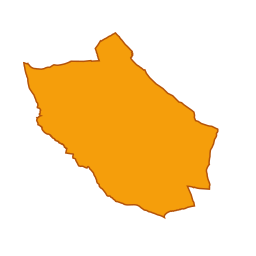 the district of Mbulu, Manyara, United Republic of Tanzania, rotated 77°
{"feature_id": "72390352B2366371930573", "entity_name": "Mbulu", "entity_type": "district", "adm_level": 2, "iso_a3": "TZA", "parent_name": "United Republic of Tanzania", "parent_adm1": "Manyara", "projection": "robinson", "projection_center": [35.288, -3.94], "detail": "fine", "context": "isolated", "style": "filled", "palette": "amber", "viewbox_px": 256, "rotation_deg": 77, "n_neighbors": 0, "source": "geoboundaries", "source_scale": "gbopen_adm2", "svg_char_len": 5705}
<svg xmlns="http://www.w3.org/2000/svg" viewBox="0 0 256 256"><g transform="rotate(77 128 128)"><path d="M32.5,118.9L33.2,121.0L33.3,122.1L33.8,122.9L34.3,124.4L34.3,125.3L34.6,126.3L35.7,129.2L35.7,129.8L36.8,133.4L37.2,134.3L37.1,134.8L37.3,135.1L37.3,135.6L37.5,135.7L37.4,135.7L40.4,138.7L43.2,142.0L45.3,141.7L46.4,141.6L47.4,141.7L49.0,141.3L49.7,141.3L50.3,141.5L51.7,141.3L53.2,141.3L54.4,141.1L56.0,140.9L54.7,148.6L54.0,148.9L53.1,156.2L50.2,168.2L50.2,169.4L50.6,169.7L50.6,170.5L50.9,171.9L51.3,175.3L51.3,179.4L51.1,182.2L50.7,183.6L49.9,185.6L49.8,186.3L50.4,188.2L51.1,190.0L51.2,190.8L50.8,192.3L50.8,193.5L50.9,194.8L51.3,196.5L51.2,199.2L50.1,202.6L49.9,203.5L49.4,204.4L49.1,205.6L48.4,207.1L48.0,207.5L47.4,208.3L47.0,208.6L46.0,209.5L44.9,209.9L43.1,211.0L42.6,211.1L42.8,211.5L42.7,211.9L42.1,213.1L42.0,213.4L41.8,213.6L41.4,214.2L41.1,214.5L41.0,214.8L43.1,215.0L44.2,215.1L45.5,215.0L48.1,215.2L50.7,215.2L52.7,215.1L53.8,214.8L54.3,215.0L55.3,214.9L56.7,214.6L57.7,214.6L59.7,215.0L62.3,215.2L66.6,215.2L67.9,214.9L72.1,213.3L74.7,212.2L76.5,212.0L79.4,211.5L81.5,211.4L82.7,211.0L83.0,210.7L83.4,210.5L83.9,210.5L86.0,210.7L86.3,211.1L87.3,211.7L87.5,211.7L87.8,211.7L88.9,209.8L89.3,209.6L90.0,209.4L90.6,209.1L91.0,209.1L91.4,209.6L91.7,209.6L92.1,209.9L92.7,210.1L93.3,210.1L93.8,210.3L94.1,210.8L94.3,211.2L94.7,211.3L95.3,211.0L96.0,210.6L96.4,210.1L96.4,210.7L96.6,211.1L96.7,212.0L96.9,212.1L97.1,212.5L97.4,212.7L97.7,213.4L97.5,213.8L97.4,214.4L97.8,214.3L98.6,214.5L99.1,214.8L99.9,215.2L101.1,215.1L102.5,214.7L103.7,214.7L104.2,214.9L104.5,215.0L104.9,214.5L105.1,214.1L106.2,213.0L106.6,212.9L106.7,212.5L107.2,212.3L107.2,212.1L107.4,211.9L108.0,211.6L108.4,212.0L108.6,212.0L108.8,211.8L109.3,211.8L109.7,212.0L110.2,211.9L110.4,211.8L110.8,211.7L111.1,211.5L111.4,211.5L112.4,210.8L112.9,210.7L113.5,210.3L114.9,209.0L115.6,208.2L115.8,207.9L116.0,207.0L116.3,206.5L117.2,205.4L117.6,205.4L117.9,204.9L118.2,204.9L118.5,205.0L118.6,204.6L119.0,204.3L119.3,204.2L119.9,204.2L120.1,203.8L120.3,203.7L120.7,203.7L121.5,202.7L121.7,202.3L122.4,202.1L122.7,201.7L123.0,201.7L123.5,201.8L123.7,201.6L123.6,201.3L123.9,201.2L124.2,200.7L124.4,200.7L124.6,200.4L124.6,200.1L125.0,199.7L125.0,199.4L125.3,199.3L125.6,198.9L125.7,199.0L126.2,198.8L126.4,198.5L126.7,198.6L126.9,198.3L127.2,198.2L127.2,197.8L127.6,197.3L128.2,196.8L128.2,196.5L128.4,196.3L128.6,196.4L128.8,196.0L128.8,195.6L129.2,195.7L129.4,195.4L129.5,195.0L129.9,194.6L130.1,194.6L130.3,194.5L130.6,194.6L131.0,194.4L131.4,194.1L132.2,194.3L132.6,194.0L133.0,193.3L133.6,193.3L134.0,192.3L134.1,192.2L138.3,194.2L139.5,191.4L141.0,187.4L141.3,187.2L141.5,187.2L143.1,188.1L144.8,188.4L146.0,186.5L146.6,186.1L147.7,186.1L149.1,185.8L150.6,185.3L152.5,184.9L153.8,184.5L154.7,182.8L154.8,181.6L155.2,180.5L157.0,178.3L157.7,177.1L157.7,176.8L156.8,176.2L156.6,175.6L157.0,175.2L157.8,174.7L159.5,174.3L160.6,173.5L163.9,171.8L166.2,171.6L167.0,171.4L168.3,170.9L169.4,170.7L170.6,170.6L171.2,170.3L172.7,170.5L174.5,170.3L175.7,169.4L176.6,168.8L177.6,169.0L178.5,169.0L180.3,168.0L181.5,166.8L182.6,166.2L186.1,164.6L187.7,164.1L189.0,163.7L189.5,163.3L189.9,162.6L190.1,161.3L190.3,160.9L190.6,160.6L191.6,160.2L192.2,159.6L192.4,159.1L193.1,158.7L193.6,158.5L194.6,157.8L195.0,157.3L195.8,156.8L196.5,156.6L197.1,155.8L197.2,155.1L198.0,153.9L198.5,153.0L199.3,151.9L200.5,149.8L201.3,149.1L201.9,148.2L202.6,146.5L202.9,145.4L204.1,139.4L204.6,137.8L205.3,136.3L206.8,134.5L208.9,133.0L209.8,132.1L211.3,130.9L211.9,129.9L212.2,129.1L212.5,128.6L212.7,128.1L214.1,126.8L215.1,124.6L216.1,123.3L217.1,121.6L219.2,118.7L220.3,116.6L221.1,115.4L221.9,114.3L223.5,112.6L222.2,112.6L221.3,112.0L220.5,111.1L219.7,109.7L219.4,109.0L218.8,106.9L218.8,106.3L218.7,105.7L218.6,105.4L218.6,104.8L219.0,104.1L218.9,103.8L218.8,103.4L218.9,103.0L219.2,102.4L219.0,101.3L219.2,99.7L219.1,99.4L219.0,99.2L219.0,98.8L219.0,98.5L219.1,98.2L219.2,96.8L219.1,96.3L218.9,95.9L218.9,95.6L219.2,95.3L219.2,95.1L218.9,94.2L218.9,93.9L218.9,93.4L219.3,92.4L219.3,91.5L219.3,90.6L218.8,88.0L218.7,87.7L218.7,83.5L218.9,80.8L215.2,80.6L213.6,81.2L207.3,81.5L198.1,83.2L198.6,81.6L198.8,81.3L198.8,81.1L199.7,78.9L200.9,77.3L200.6,76.8L202.1,74.2L203.0,72.0L205.9,62.4L204.5,62.0L203.7,61.9L202.8,61.6L202.4,61.3L201.7,61.0L200.1,61.0L199.9,61.1L199.3,61.1L195.8,61.6L193.9,61.6L192.4,61.6L190.6,61.3L189.9,61.3L189.2,61.4L188.6,61.3L187.6,61.3L186.0,60.8L183.7,59.1L182.4,57.8L182.0,57.2L181.9,57.3L181.3,57.0L180.0,56.8L178.4,56.3L176.8,55.7L176.0,55.4L174.3,54.6L170.9,53.7L168.2,52.7L167.4,52.1L165.7,50.4L164.4,49.5L163.9,49.1L163.5,48.9L162.9,48.3L161.8,47.8L159.9,46.9L158.7,46.3L158.1,45.8L157.2,44.8L155.8,43.7L155.2,43.4L153.3,43.1L152.9,42.7L152.7,42.6L152.4,42.1L151.7,41.4L150.8,41.1L149.4,40.8L149.1,41.0L148.4,42.1L145.4,45.7L145.0,46.5L144.4,48.3L144.1,48.8L144.0,49.2L140.1,55.6L137.4,58.1L136.0,60.5L132.7,61.0L130.6,60.3L127.4,60.2L125.0,62.0L118.1,68.2L115.4,70.1L114.1,72.6L106.6,77.2L103.1,81.5L97.4,85.1L91.4,90.7L83.8,95.6L78.9,97.8L75.1,98.5L75.1,99.6L72.3,101.7L72.2,102.0L71.6,102.4L71.3,102.7L69.8,103.9L69.4,104.6L69.1,104.7L68.7,105.1L68.1,105.6L64.1,108.0L62.4,108.9L60.8,109.6L60.2,109.6L59.9,109.2L59.7,108.5L59.5,108.4L59.2,108.4L59.2,108.1L58.6,107.9L58.5,107.6L58.2,107.2L57.7,107.5L57.3,106.9L57.1,106.8L56.9,107.4L56.1,106.9L55.9,106.8L55.7,107.0L55.3,107.5L55.1,107.5L54.6,106.8L54.3,106.7L53.9,107.0L53.0,107.5L52.6,107.9L52.0,108.2L50.8,108.8L49.4,109.7L48.6,110.1L47.2,111.1L45.8,112.0L40.8,114.3L40.3,114.7L40.1,114.7L39.8,115.0L39.0,115.3L38.0,115.8L37.3,115.9L36.9,116.1L36.8,116.3L34.0,118.1L33.1,118.5L32.5,118.9Z" fill="#f59e0b" stroke="#b45309" stroke-width="1.5"/></g></svg>